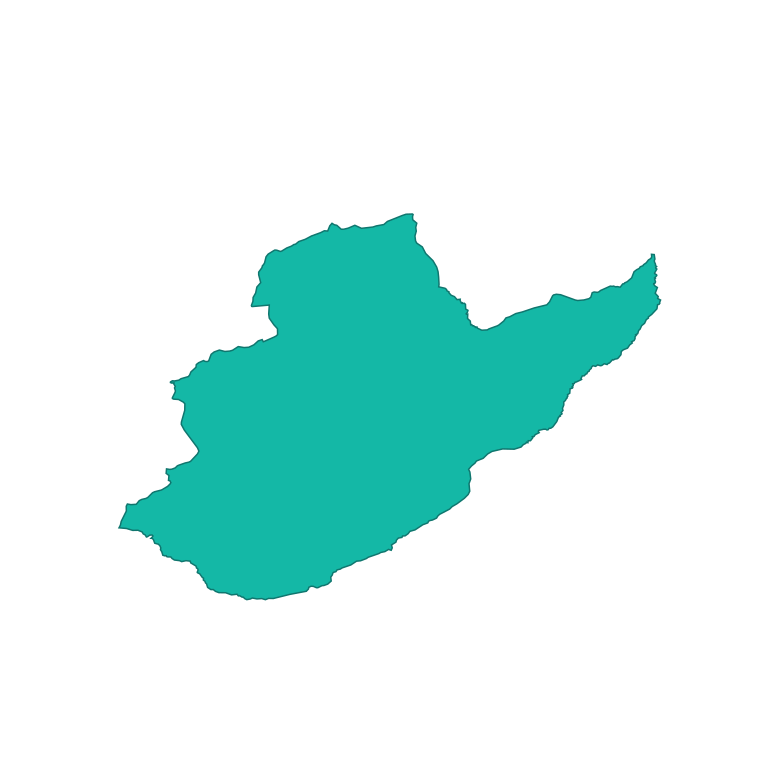 the district of Tuek Phos, Kâmpóng Chhnang, Cambodia, rotated 250°
{"feature_id": "14789045B78465140350357", "entity_name": "Tuek Phos", "entity_type": "district", "adm_level": 2, "iso_a3": "KHM", "parent_name": "Cambodia", "parent_adm1": "Kâmpóng Chhnang", "projection": "equal_earth", "projection_center": [104.364, 12.056], "detail": "fine", "context": "isolated", "style": "filled", "palette": "teal", "viewbox_px": 768, "rotation_deg": 250, "n_neighbors": 0, "source": "geoboundaries", "source_scale": "gbopen_adm2", "svg_char_len": 6164}
<svg xmlns="http://www.w3.org/2000/svg" viewBox="0 0 768 768"><g transform="rotate(250 384 384)"><path d="M339.5,85.8L336.3,92.6L332.4,97.8L330.7,102.8L327.7,106.1L325.5,106.5L323.8,108.0L321.5,108.4L321.4,109.5L322.1,112.2L321.4,114.4L320.6,114.9L319.8,114.6L318.7,112.3L318.2,113.5L316.5,114.1L312.8,114.1L310.6,117.2L308.6,118.1L306.3,118.2L304.8,117.3L302.4,117.8L298.7,117.6L297.4,119.4L297.2,120.6L296.1,120.8L295.4,121.8L294.4,124.5L292.6,125.1L290.3,126.8L287.9,131.5L286.3,133.1L285.7,137.5L283.8,141.3L282.0,141.2L277.2,145.1L275.2,144.9L274.3,145.7L272.8,145.7L271.0,144.1L270.4,144.2L268.7,145.9L264.4,147.1L263.2,148.0L261.6,147.2L259.8,148.3L258.2,148.2L257.0,148.9L253.2,148.7L250.1,150.9L249.2,153.3L246.8,154.7L244.4,157.5L242.0,163.8L238.0,168.6L236.7,174.0L234.8,174.6L234.2,176.2L232.4,177.6L231.7,179.0L230.1,179.6L228.3,181.3L227.7,184.8L227.9,187.1L225.5,191.1L224.2,195.7L221.9,198.8L222.0,202.3L220.3,206.6L218.5,223.7L215.8,240.1L217.2,242.9L218.7,243.8L218.9,246.3L218.0,248.4L215.7,250.8L215.2,252.1L215.7,256.7L215.2,258.7L215.2,262.7L216.9,267.0L220.7,267.9L222.3,270.2L223.6,271.0L224.3,272.1L224.1,274.6L225.4,276.4L225.0,279.5L225.5,281.9L225.3,291.0L226.9,297.6L225.9,301.5L226.0,307.8L226.6,309.9L226.4,321.2L226.8,323.3L226.2,327.5L227.0,331.7L225.3,333.9L227.2,335.7L230.2,336.0L231.3,341.1L233.0,342.3L234.3,344.8L233.7,348.4L234.8,349.4L234.1,352.0L235.1,355.5L236.7,357.9L236.3,363.3L238.5,372.4L238.5,377.6L239.8,379.0L240.0,380.2L239.6,383.0L240.0,387.5L241.6,389.5L242.5,391.7L244.0,402.9L245.5,406.1L246.5,411.6L249.1,420.4L251.4,425.3L253.9,427.9L261.3,429.8L265.1,433.0L271.9,434.6L274.9,434.3L277.1,438.3L278.5,442.4L280.0,444.5L280.3,451.9L282.8,457.4L283.7,462.4L282.4,473.3L278.2,484.1L277.9,491.3L279.4,494.2L279.7,497.0L280.6,498.0L279.6,499.1L281.4,500.2L280.6,502.1L281.0,503.0L282.7,505.5L283.8,505.4L283.4,507.1L284.7,508.8L285.2,513.2L286.7,512.8L287.5,513.5L286.9,518.5L286.2,520.5L285.1,521.4L284.9,522.6L285.9,523.9L285.4,525.6L286.0,528.0L289.6,533.5L293.1,536.6L293.5,538.6L294.2,538.4L295.1,541.1L296.6,540.8L297.9,543.1L300.1,543.4L302.8,545.8L305.7,546.8L306.4,548.7L308.1,550.6L308.2,551.3L309.2,551.7L309.7,552.6L311.2,552.8L311.8,555.4L315.8,557.2L315.7,559.7L316.2,560.2L317.0,559.8L317.6,561.1L318.4,561.5L319.7,561.5L319.3,562.9L320.4,564.2L320.1,565.2L320.6,570.8L320.8,571.3L321.7,570.9L323.8,573.1L323.2,574.9L324.3,577.1L324.2,578.0L325.7,579.6L325.9,581.2L327.0,582.0L327.7,584.0L328.8,584.7L329.7,586.6L328.2,588.9L328.9,591.3L327.2,593.5L326.9,594.9L327.7,597.9L326.0,600.3L326.7,601.8L326.6,603.0L328.7,607.1L328.1,607.9L328.4,609.4L328.0,611.7L328.3,613.0L330.5,616.7L333.4,618.1L334.3,620.7L334.4,625.1L336.7,628.3L337.6,631.3L339.0,631.1L339.3,633.9L340.7,635.4L342.6,636.1L343.7,638.0L344.2,637.6L344.6,639.7L347.2,641.6L347.9,643.3L350.7,646.1L351.9,649.6L354.8,652.5L355.5,655.0L356.6,655.3L357.8,659.3L361.3,666.2L365.0,668.2L364.8,669.7L365.5,670.8L366.5,671.0L368.3,672.6L370.8,670.4L372.4,671.6L376.5,669.9L381.2,673.9L383.2,672.3L385.6,671.5L386.1,671.8L386.0,673.0L387.1,674.1L389.7,674.1L390.5,675.2L391.2,674.6L392.6,677.4L393.4,677.5L395.2,676.1L395.7,676.2L398.7,679.7L399.8,679.0L400.5,679.1L401.2,680.4L402.4,679.6L403.7,680.1L406.3,679.9L407.8,680.4L408.7,681.3L413.2,682.2L414.4,679.7L411.9,679.0L410.7,677.7L410.1,674.9L408.2,671.9L407.3,668.6L406.6,667.9L406.5,664.9L405.3,663.3L405.0,660.6L404.0,657.4L399.0,653.0L396.9,647.3L396.7,644.7L396.1,643.9L396.4,642.5L394.2,639.1L395.8,636.4L396.0,635.0L397.5,633.2L397.7,631.9L398.6,630.1L397.8,619.3L397.1,617.6L397.1,615.9L398.6,612.9L398.6,610.9L394.8,608.0L394.1,605.8L394.6,600.6L396.2,594.6L397.4,592.6L407.5,580.5L409.4,576.6L409.7,573.8L409.2,572.6L404.6,567.7L402.7,564.1L404.1,551.1L404.4,538.6L405.1,531.9L404.2,525.3L404.4,521.2L402.2,518.0L400.1,511.9L399.9,510.1L399.9,501.4L399.5,499.6L401.1,494.3L404.6,490.8L405.7,490.9L405.9,489.5L406.3,489.7L407.1,488.5L408.0,488.3L408.5,487.0L409.8,486.8L410.0,485.7L413.6,486.6L417.0,484.9L421.0,486.6L421.2,485.5L421.8,485.2L423.0,487.0L424.5,488.1L426.5,486.4L431.0,487.8L432.4,487.1L432.9,485.2L433.6,485.3L433.7,484.4L436.7,484.1L437.6,484.6L438.3,481.5L442.0,480.1L444.4,477.5L447.6,476.2L448.3,476.6L450.1,475.0L451.5,475.1L453.1,474.1L456.6,468.6L458.8,469.8L465.8,471.9L471.0,473.2L475.8,473.5L483.1,472.2L492.4,467.8L499.7,466.9L505.1,463.0L507.6,462.6L512.5,463.7L516.6,466.6L520.3,467.4L523.9,469.8L528.5,467.2L531.4,468.0L533.3,469.3L534.0,468.9L536.0,462.8L536.1,458.9L535.6,442.8L533.9,438.4L535.2,430.8L535.3,427.3L538.0,416.1L543.1,410.9L542.7,403.7L543.2,399.2L544.0,396.8L549.3,393.9L550.6,391.8L552.8,390.1L551.2,387.2L547.0,383.4L548.4,380.3L547.9,376.2L547.9,366.6L546.9,359.4L547.0,352.6L545.6,348.6L545.9,347.1L545.2,344.1L545.1,339.2L543.9,333.3L544.0,332.0L546.4,329.0L547.2,327.3L547.0,325.8L545.7,319.6L543.9,316.7L538.7,313.2L537.2,311.4L536.9,310.4L535.0,309.0L532.0,304.5L529.5,303.6L521.4,302.8L518.6,297.7L513.4,294.5L510.1,290.6L506.5,289.1L503.2,286.3L502.2,286.2L501.8,286.8L497.4,303.2L489.2,299.6L485.1,298.7L477.2,300.8L472.4,302.8L466.8,300.9L466.0,299.0L465.7,296.8L465.0,286.5L465.0,285.0L467.4,284.7L467.5,280.5L465.3,275.1L464.8,269.5L466.1,265.0L469.0,259.8L467.5,253.2L467.7,250.3L469.0,245.6L472.2,240.9L472.2,235.3L471.0,231.7L465.7,227.2L465.5,225.8L465.9,224.6L466.8,223.1L467.7,222.6L467.7,221.7L467.4,217.1L466.5,214.3L464.0,213.0L461.4,206.7L459.0,204.5L457.9,202.7L458.4,195.1L457.8,192.5L458.5,188.2L459.4,186.2L459.0,184.1L458.4,183.8L457.5,184.8L456.8,187.0L456.0,186.5L453.1,187.0L452.0,185.8L449.2,185.7L447.9,185.1L443.4,180.4L442.7,180.2L441.7,181.2L439.7,185.7L435.5,189.3L433.5,190.1L427.5,187.8L417.5,180.6L415.4,179.7L409.0,180.6L387.9,186.9L384.2,187.1L382.0,184.7L377.5,175.8L377.3,174.0L377.8,170.1L377.9,163.3L377.8,161.8L376.6,159.2L376.5,155.6L377.0,153.5L378.6,150.6L374.5,148.7L371.6,150.6L367.1,148.5L366.3,149.7L364.2,150.0L363.3,148.9L361.8,145.6L360.5,138.6L361.2,131.6L361.0,129.3L358.2,123.3L357.9,121.2L358.4,116.8L358.1,114.1L355.7,110.1L357.2,104.9L359.0,101.8L357.3,100.0L352.7,98.4L344.8,90.1L341.5,88.0L339.5,85.8Z" fill="#14b8a6" stroke="#0f766e" stroke-width="1.5"/></g></svg>